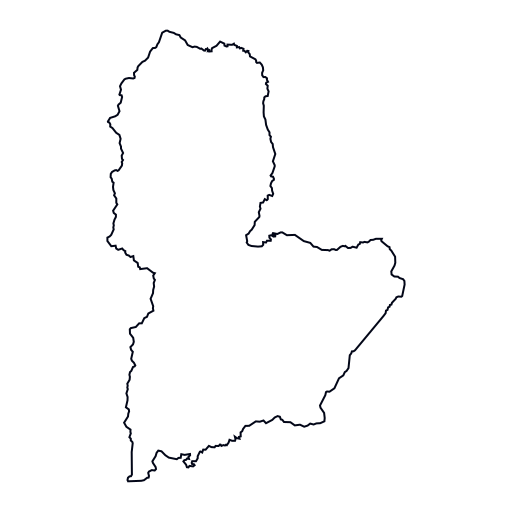 Kon Ray, Kon Tum, Vietnam
{"feature_id": "81297802B49611781778497", "entity_name": "Kon Ray", "entity_type": "district", "adm_level": 2, "iso_a3": "VNM", "parent_name": "Vietnam", "parent_adm1": "Kon Tum", "projection": "robinson", "projection_center": [108.184, 14.55], "detail": "fine", "context": "isolated", "style": "outline", "palette": "ink", "viewbox_px": 512, "rotation_deg": 0, "n_neighbors": 0, "source": "geoboundaries", "source_scale": "gbopen_adm2", "svg_char_len": 6025}
<svg xmlns="http://www.w3.org/2000/svg" viewBox="0 0 512 512"><path d="M266.0,423.2L272.3,419.9L274.7,417.5L277.5,416.1L279.9,416.8L280.8,419.4L282.3,419.8L284.0,422.0L290.4,422.2L294.8,425.4L300.0,424.7L304.2,426.7L307.6,425.6L310.2,423.6L313.6,424.5L316.4,423.4L320.2,423.2L324.4,421.3L324.7,418.0L324.1,412.9L320.5,407.7L320.0,405.5L325.3,395.2L326.0,392.1L327.0,391.5L329.5,391.7L334.4,388.3L339.0,378.3L343.3,375.4L344.8,372.1L346.5,371.0L348.5,368.1L349.8,355.2L351.2,353.5L351.9,351.4L353.5,351.3L355.0,350.3L383.4,316.1L385.6,313.2L386.0,310.6L387.5,309.9L388.1,307.4L389.6,306.7L389.9,305.0L391.4,304.6L392.0,302.7L395.7,298.8L396.4,297.3L398.3,296.5L401.4,296.7L402.2,296.0L404.6,284.6L404.4,281.0L403.1,279.2L399.5,278.0L398.0,276.7L394.3,276.5L391.6,274.5L391.3,271.4L394.5,265.6L395.3,262.8L395.1,256.7L391.3,250.6L389.8,249.2L389.5,247.1L387.6,246.3L381.5,241.2L381.2,240.1L381.8,238.8L375.9,238.8L373.2,239.8L370.5,240.0L369.2,241.4L367.5,242.4L364.4,241.9L363.0,242.5L360.2,242.2L359.8,243.9L358.3,244.6L356.6,247.7L352.6,246.7L350.6,247.9L348.0,248.0L345.4,245.9L344.9,246.3L342.8,245.9L340.5,246.8L337.0,249.9L335.8,250.0L334.1,249.2L331.6,249.3L329.6,250.7L328.0,250.1L321.8,249.9L317.0,247.0L313.5,246.6L310.3,242.9L303.8,241.1L294.9,234.9L286.9,235.2L282.3,232.4L280.7,232.4L277.3,234.0L273.0,233.1L272.7,233.7L273.4,235.0L275.3,235.6L275.2,236.4L273.5,236.6L271.3,235.2L269.3,235.7L269.4,237.6L270.9,239.4L270.7,240.8L267.0,240.7L266.0,242.5L263.1,242.1L263.2,244.8L261.8,246.3L258.0,246.6L251.5,246.0L248.4,244.9L246.7,242.5L247.2,241.2L246.1,235.2L248.6,233.6L250.1,231.1L251.7,229.7L254.6,225.1L254.8,221.8L259.3,217.0L259.5,215.9L258.8,212.2L260.5,208.7L259.9,206.6L260.5,202.9L263.1,202.5L264.8,199.1L266.6,200.2L267.2,199.9L267.8,199.1L267.7,195.6L269.2,194.9L272.2,196.0L273.2,193.8L272.1,190.7L271.9,188.1L270.4,186.0L271.0,183.3L272.1,181.1L273.9,179.8L273.9,178.6L273.0,176.7L271.1,176.4L270.6,175.5L272.4,173.1L274.7,166.4L274.7,165.2L272.9,161.3L275.3,154.0L273.0,147.2L272.7,144.0L271.1,142.0L270.4,138.8L270.9,136.7L269.5,135.1L269.5,132.3L267.8,129.6L266.1,124.9L265.4,119.5L263.9,116.4L263.6,112.4L263.8,105.7L263.1,103.2L263.4,101.1L264.2,99.3L264.3,97.4L265.5,96.3L267.7,96.0L268.6,91.4L267.4,88.7L267.7,85.7L265.9,84.0L266.2,82.7L268.0,81.8L266.9,79.8L267.0,78.3L265.3,77.0L263.5,77.1L262.2,75.3L262.1,72.9L263.2,70.3L262.9,67.3L261.7,64.6L259.8,62.5L257.0,62.9L256.2,62.1L256.1,60.5L255.4,59.3L250.0,56.4L249.7,54.1L248.2,52.3L248.4,51.0L247.2,50.8L245.8,52.3L244.5,50.9L243.2,50.7L243.5,48.8L241.3,47.9L239.9,48.4L239.2,47.1L236.9,47.4L236.9,45.9L234.3,44.9L233.9,43.7L232.1,44.8L227.5,44.6L227.5,46.3L226.5,46.5L224.5,45.6L224.3,43.6L220.1,41.6L216.5,45.8L212.1,48.1L211.5,49.7L211.6,51.3L209.2,51.5L209.1,50.3L207.9,50.9L208.1,49.7L207.4,48.5L206.8,49.2L205.8,49.1L205.1,50.6L204.1,50.6L201.3,48.5L200.2,48.8L196.8,46.9L194.6,46.6L192.5,47.2L187.7,45.0L185.1,40.4L180.7,37.5L179.4,35.1L176.0,34.3L173.8,32.9L169.4,31.8L167.7,30.7L165.8,30.7L162.2,32.7L158.9,42.3L157.4,44.3L156.3,47.1L155.2,47.9L152.8,48.1L150.1,51.6L148.1,57.6L145.0,60.7L142.4,61.9L138.3,66.1L137.6,67.4L137.3,69.9L134.0,72.8L134.1,75.2L134.8,76.6L134.5,78.0L133.2,78.5L129.0,78.0L125.7,78.7L124.4,79.4L121.4,83.4L120.0,86.2L121.0,89.7L119.4,94.6L119.8,95.1L121.6,95.3L122.1,97.0L120.7,102.7L118.5,104.6L117.9,105.8L119.5,111.2L117.6,114.8L115.2,116.3L110.1,117.9L107.9,121.5L108.1,122.1L109.3,122.5L110.3,124.3L110.2,126.6L112.4,128.0L116.2,132.8L119.4,134.9L120.6,138.8L119.6,143.1L121.0,146.6L121.0,148.6L123.1,153.0L121.7,155.6L122.0,158.9L123.0,160.0L121.7,162.0L122.2,163.3L121.9,165.6L118.7,170.2L117.6,170.9L116.2,170.1L114.7,170.4L112.1,171.9L110.8,173.8L110.6,177.2L111.7,178.7L112.3,181.7L113.6,182.7L113.0,186.9L113.4,190.1L114.9,193.3L114.1,195.3L116.3,198.5L116.3,202.8L117.3,204.4L113.1,210.7L113.8,213.0L115.9,214.6L115.9,216.9L114.5,219.6L113.4,223.4L113.8,225.4L113.3,227.4L113.7,229.4L111.2,234.9L109.6,236.5L107.4,237.6L107.4,241.0L111.3,246.2L115.6,245.7L116.2,248.5L118.2,249.8L122.2,248.5L123.6,250.2L125.3,251.1L125.2,252.6L126.5,254.8L128.8,255.5L130.5,257.0L133.3,256.1L133.9,260.4L137.7,263.0L138.2,266.7L139.8,267.4L140.2,269.1L147.1,268.2L153.0,272.7L154.8,273.2L153.2,275.6L153.8,278.5L154.9,279.9L153.7,283.0L154.1,286.6L153.2,289.9L153.0,293.2L150.6,298.8L153.2,306.2L152.9,308.2L153.4,310.7L148.3,313.5L147.0,316.8L144.3,318.1L141.8,323.3L139.2,323.3L135.8,327.0L130.8,328.1L129.8,329.3L130.0,333.7L133.2,337.8L133.8,341.8L133.0,344.4L130.4,347.1L131.1,349.8L132.8,351.8L131.2,358.8L131.9,360.7L133.9,362.7L135.3,365.4L134.6,366.4L133.0,367.0L131.3,370.9L130.0,372.1L129.4,374.8L129.9,376.8L129.6,379.8L127.3,383.7L127.7,385.7L127.3,387.6L127.8,389.1L126.4,393.4L127.6,397.0L127.5,400.4L125.9,407.3L128.8,409.4L129.1,411.4L128.3,413.6L128.0,416.5L124.1,422.7L126.4,426.8L130.5,429.6L130.4,432.0L130.8,433.4L129.4,437.2L130.8,438.7L130.8,440.5L132.3,441.9L132.7,443.2L131.7,452.0L131.9,474.6L131.0,476.2L129.5,476.4L128.0,477.7L127.5,480.0L128.1,481.3L141.2,480.8L144.0,480.2L147.1,477.8L148.6,477.6L149.0,476.0L148.2,472.9L148.9,471.6L151.8,470.1L154.7,470.5L156.0,469.1L155.6,467.0L152.9,462.9L152.4,461.3L155.6,456.2L156.6,452.8L158.3,450.6L161.5,451.3L165.3,455.2L168.8,457.6L176.8,459.2L178.5,457.9L180.7,457.8L181.3,454.2L184.6,454.9L190.0,454.0L190.1,455.3L188.4,457.0L189.0,458.9L187.1,458.5L186.1,459.8L184.3,460.2L183.4,461.4L186.1,464.7L186.9,467.2L188.4,467.4L189.5,465.9L193.1,466.4L194.6,465.2L194.0,464.3L192.0,463.9L191.7,462.8L192.2,461.2L196.0,461.2L197.7,458.3L197.7,456.2L199.9,451.7L200.6,451.5L202.2,452.5L203.2,449.6L205.6,449.7L208.9,445.9L211.4,447.1L214.6,447.3L215.6,445.9L218.6,446.0L220.0,444.5L220.7,444.7L221.4,445.9L223.4,445.1L225.0,445.5L226.0,444.7L226.8,445.2L228.6,442.6L229.5,439.8L232.1,440.8L235.0,440.8L235.5,439.2L234.9,436.7L236.8,438.1L239.5,438.7L239.0,436.9L240.7,436.4L240.6,432.4L242.2,431.2L243.1,428.9L245.4,425.9L249.2,425.8L255.8,421.4L259.8,421.7L263.5,420.5L266.0,423.2Z" fill="none" stroke="#020617" stroke-width="2"/></svg>